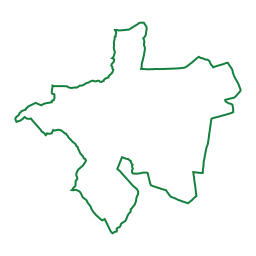 Mogotio, Rift Valley, Kenya (orthographic projection)
{"feature_id": "3690345B85271046016228", "entity_name": "Mogotio", "entity_type": "district", "adm_level": 2, "iso_a3": "KEN", "parent_name": "Kenya", "parent_adm1": "Rift Valley", "projection": "orthographic", "projection_center": [35.951, 0.165], "detail": "fine", "context": "isolated", "style": "outline", "palette": "green", "viewbox_px": 256, "rotation_deg": 0, "n_neighbors": 0, "source": "geoboundaries", "source_scale": "gbopen_adm2", "svg_char_len": 5736}
<svg xmlns="http://www.w3.org/2000/svg" viewBox="0 0 256 256"><path d="M28.1,106.5L27.6,107.4L26.2,108.2L25.7,109.7L24.6,109.9L23.2,110.5L22.1,110.9L21.1,111.5L20.7,112.3L19.8,112.8L19.2,113.9L18.6,115.2L17.7,116.0L16.7,116.6L16.4,116.9L15.6,117.9L15.4,119.3L15.9,120.6L16.5,121.9L17.7,121.4L19.0,121.0L20.4,120.5L22.9,118.8L23.8,117.7L24.7,117.0L26.8,118.7L27.5,118.7L29.6,118.8L31.1,118.6L32.1,120.1L36.5,125.1L39.2,128.2L40.2,129.3L41.1,130.5L41.7,131.6L42.7,132.1L43.6,132.8L44.5,133.5L45.7,135.2L46.5,134.6L46.9,133.4L49.8,133.8L51.7,133.3L52.9,130.6L53.2,130.0L54.0,130.6L58.8,129.7L59.9,130.2L61.0,130.3L62.5,131.4L64.0,132.6L64.8,133.4L66.0,133.6L66.5,134.6L67.7,135.9L68.2,137.0L69.6,138.6L70.4,139.3L71.1,140.0L71.9,141.0L72.7,141.9L74.1,142.9L75.3,143.9L76.0,145.2L76.6,146.3L77.8,147.1L78.1,148.7L79.0,150.4L79.5,151.6L80.2,153.3L81.2,154.4L83.0,156.4L83.8,158.3L85.3,159.0L86.0,160.6L84.8,162.7L84.6,163.0L84.1,163.8L83.3,165.1L82.1,166.3L80.9,167.2L79.7,168.4L78.5,169.3L77.9,170.2L77.3,171.3L76.8,172.3L76.5,173.3L76.2,174.5L76.5,175.7L76.6,176.1L77.2,177.4L77.2,179.3L76.1,180.3L75.6,181.4L75.6,182.5L75.5,183.5L75.6,185.0L74.8,186.7L73.6,187.6L72.9,188.5L72.7,189.3L71.8,190.1L73.2,190.3L74.2,190.0L75.9,189.8L77.0,190.2L79.3,191.4L80.4,192.5L81.2,193.9L81.9,195.5L82.5,197.0L83.6,198.1L85.1,199.1L86.4,200.1L86.8,200.8L87.4,202.2L88.3,203.6L89.5,205.0L90.1,205.9L90.7,206.7L91.0,207.9L92.2,210.2L92.6,210.9L93.7,212.4L94.7,213.5L96.4,215.5L97.6,216.4L98.6,217.4L99.7,218.4L101.0,219.5L102.2,220.4L104.7,219.1L110.8,231.5L112.5,233.3L113.6,232.7L114.5,231.9L115.6,231.7L116.7,231.5L116.9,230.3L116.7,229.1L116.8,228.6L118.1,227.5L119.4,227.2L120.1,226.5L120.6,225.6L120.7,224.3L121.9,223.0L123.5,222.2L125.3,221.0L126.2,219.3L126.8,217.9L127.3,216.6L127.6,215.7L128.3,214.4L128.6,213.9L130.6,211.8L130.7,209.3L131.7,208.5L132.7,207.0L133.8,205.8L134.7,204.6L135.2,203.3L135.8,201.8L136.2,199.9L136.3,198.3L137.4,195.4L138.0,194.6L138.0,193.6L138.1,193.2L138.2,192.7L138.2,191.8L138.1,191.4L137.4,190.0L137.0,189.2L136.4,188.6L135.7,188.2L132.5,185.3L130.1,182.6L127.5,179.6L122.5,174.1L121.1,172.5L120.0,171.2L117.3,169.0L119.8,162.8L120.9,160.0L122.0,157.2L125.9,158.7L128.3,159.1L128.9,159.6L129.4,160.3L130.8,160.9L130.9,162.1L131.4,163.1L131.8,164.1L132.6,164.8L132.1,165.9L132.2,167.2L132.8,168.8L132.0,170.4L132.1,172.4L132.8,173.5L136.4,173.7L140.4,173.3L143.2,172.6L146.4,172.6L147.7,173.1L148.1,174.8L149.0,178.6L150.1,183.2L150.9,185.2L153.0,186.1L155.6,187.0L158.7,188.0L163.3,189.5L166.0,190.1L166.9,191.7L167.8,192.8L169.0,194.5L169.6,195.4L170.6,196.5L171.5,197.1L173.1,197.6L174.4,198.0L178.4,200.0L181.1,200.8L181.8,201.4L182.5,201.4L185.4,202.4L187.9,203.3L192.2,199.9L194.4,197.6L196.4,196.1L196.1,193.6L195.8,191.3L195.5,188.7L195.2,186.0L194.5,181.5L194.3,179.9L194.1,178.0L193.9,176.5L193.6,174.8L193.3,172.1L199.4,172.8L202.7,173.0L202.9,170.7L203.1,168.6L203.4,166.4L203.6,164.3L203.7,161.2L204.3,159.1L204.7,156.5L205.6,151.8L206.2,148.8L206.6,147.3L207.8,144.0L208.1,142.1L208.9,137.0L209.1,134.9L209.2,133.7L209.5,132.2L210.2,127.4L210.8,122.9L211.4,118.7L214.5,117.7L218.5,116.7L222.3,115.6L225.0,114.9L228.7,113.8L231.4,113.0L233.2,112.1L233.1,110.6L233.3,109.4L233.0,108.2L232.7,106.2L232.4,104.7L231.2,104.0L230.1,103.6L228.6,103.3L227.3,102.5L225.8,101.6L225.3,100.8L225.1,100.1L226.4,99.5L227.6,99.2L229.7,98.7L231.4,98.3L232.4,98.0L234.3,97.6L236.0,96.0L239.8,91.7L240.6,90.6L240.4,89.3L239.7,87.5L238.2,83.5L237.3,81.9L236.4,80.3L235.2,78.1L233.9,75.7L233.3,73.6L232.8,72.7L232.8,72.1L232.6,70.9L232.2,69.6L230.4,66.7L229.5,65.5L227.7,62.7L225.7,63.2L223.4,64.1L216.8,66.0L214.2,66.9L213.2,67.4L212.6,66.2L211.6,65.2L210.9,64.4L210.1,62.9L209.6,61.5L208.9,60.6L208.6,60.4L208.2,60.1L207.2,59.6L205.6,59.6L203.1,58.5L201.9,58.1L200.8,58.0L199.9,57.4L198.9,56.8L196.6,58.4L194.7,60.2L193.5,61.2L192.2,62.3L190.1,63.9L186.7,66.5L184.4,67.7L182.7,67.9L179.3,68.3L174.9,68.5L171.4,68.7L168.4,68.8L165.4,68.9L159.4,69.1L155.8,69.0L151.8,69.2L147.8,69.3L141.0,68.9L141.6,67.3L141.8,66.0L141.7,64.6L141.9,63.1L142.4,61.4L143.0,59.3L143.3,57.3L143.6,56.8L143.8,55.6L144.1,54.1L144.2,52.6L144.6,51.5L144.8,50.0L144.9,48.3L144.8,47.3L144.5,46.4L144.0,45.3L144.0,44.2L144.0,43.5L144.2,42.8L144.4,41.7L144.0,40.0L143.3,38.2L144.5,37.2L145.3,35.7L145.9,34.3L146.1,32.9L146.2,31.4L146.7,28.5L146.7,28.1L146.6,27.5L146.3,26.6L146.0,26.0L145.0,24.6L144.4,23.8L144.2,23.0L143.4,22.7L142.1,22.7L139.8,22.8L138.9,23.0L138.0,24.0L135.2,25.7L129.9,29.0L128.7,29.7L127.3,29.7L123.9,30.1L121.0,30.3L119.0,30.5L116.8,30.0L115.0,30.0L115.3,30.6L116.0,31.8L116.2,33.2L115.4,35.4L115.7,36.5L114.7,37.1L114.6,38.3L114.5,39.7L114.1,41.4L113.8,42.9L114.0,43.8L114.1,45.0L113.9,46.5L113.7,47.9L114.0,49.1L114.3,50.5L114.5,51.0L114.9,51.9L114.6,53.1L114.4,54.4L114.0,55.4L113.6,56.4L112.9,57.6L112.1,58.2L112.8,58.5L113.4,58.8L113.8,58.9L114.2,59.8L114.1,60.8L113.7,61.9L112.6,63.0L111.7,64.1L111.5,65.1L111.3,65.6L112.3,66.8L112.4,68.6L113.3,69.6L112.3,72.6L111.1,73.8L108.8,76.0L108.4,77.5L107.4,77.6L106.4,78.2L105.7,78.3L104.6,79.3L103.7,80.1L103.6,81.1L102.2,81.4L101.3,82.0L99.8,81.6L99.2,80.9L98.4,80.7L98.1,80.7L97.1,81.0L95.5,81.4L94.0,81.0L92.7,80.7L91.5,80.9L90.3,81.5L89.1,82.2L87.9,82.8L86.7,82.9L85.5,83.7L84.3,84.4L83.5,85.0L82.4,85.4L81.2,85.7L79.9,85.6L78.7,86.4L77.4,87.3L76.1,87.7L74.8,87.4L73.3,87.7L71.5,88.0L69.9,87.7L68.2,87.3L67.3,86.4L64.9,86.2L62.5,86.1L56.8,86.1L54.2,86.2L52.5,85.6L52.5,86.4L52.4,87.8L52.0,89.5L51.8,91.1L51.8,93.1L52.7,94.0L54.2,94.2L54.5,95.7L54.4,96.9L54.5,98.2L53.9,99.4L53.7,100.3L52.3,100.5L51.6,101.2L51.8,102.2L50.0,102.6L48.6,102.8L44.7,103.5L42.7,104.4L41.6,105.1L41.3,105.3L36.9,103.5L35.9,102.8L28.1,106.5Z" fill="none" stroke="#15803d" stroke-width="2"/></svg>